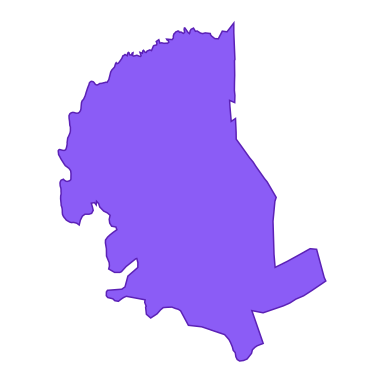 the district of Fresnillo de Trujano, Oaxaca, Mexico
{"feature_id": "50627088B98936823972638", "entity_name": "Fresnillo de Trujano", "entity_type": "district", "adm_level": 2, "iso_a3": "MEX", "parent_name": "Mexico", "parent_adm1": "Oaxaca", "projection": "natural_earth1", "projection_center": [-98.145, 17.929], "detail": "fine", "context": "isolated", "style": "filled", "palette": "violet", "viewbox_px": 384, "rotation_deg": 0, "n_neighbors": 0, "source": "geoboundaries", "source_scale": "gbopen_adm2", "svg_char_len": 4192}
<svg xmlns="http://www.w3.org/2000/svg" viewBox="0 0 384 384"><path d="M179.8,32.4L179.3,32.1L178.7,31.1L177.8,31.0L177.0,31.5L176.0,31.8L175.5,32.2L175.3,32.5L174.8,33.1L174.4,33.6L174.0,33.8L173.6,35.0L173.4,35.5L173.3,36.5L173.3,38.1L172.6,39.0L172.1,39.6L166.6,39.1L167.1,40.0L168.3,40.5L168.7,42.4L167.2,43.4L166.2,43.1L165.0,43.3L163.8,43.3L161.7,42.8L159.9,43.1L158.8,39.7L156.2,41.5L156.9,43.2L156.6,44.9L154.0,45.5L153.4,46.0L151.5,50.6L149.8,49.9L147.0,51.1L146.2,52.5L145.2,52.4L143.5,50.3L142.8,50.9L142.4,53.2L140.0,52.4L141.1,55.8L140.4,56.5L139.0,56.1L136.9,55.2L133.7,56.1L132.6,55.6L133.0,52.7L132.3,53.0L131.3,55.0L129.6,54.8L129.0,52.7L128.4,52.4L127.7,53.2L127.2,55.7L125.0,54.5L123.9,55.4L122.9,55.8L121.8,58.5L118.5,63.1L116.9,63.7L116.2,62.7L115.6,63.5L115.0,65.5L114.5,67.1L111.9,69.9L110.7,72.0L110.1,74.5L108.8,79.6L107.1,82.4L105.8,82.2L104.6,82.6L103.6,82.8L102.6,83.1L101.3,83.4L100.6,83.4L99.7,83.5L98.1,84.6L97.0,85.0L95.9,84.7L94.9,83.8L94.2,82.7L93.3,81.8L92.4,81.5L91.3,81.3L90.9,81.5L90.2,82.0L89.5,82.8L89.3,83.1L89.1,84.3L88.3,86.2L87.6,88.0L86.1,92.6L85.2,95.8L83.6,99.2L82.1,100.9L81.5,102.6L81.3,104.6L81.2,105.7L81.1,106.9L81.0,108.5L80.7,110.0L80.2,111.1L79.6,111.9L79.1,112.5L78.1,113.1L76.6,113.2L75.5,113.0L74.4,112.6L73.2,112.4L72.4,112.4L71.4,112.8L70.5,113.2L69.8,113.9L69.3,115.0L69.0,115.7L69.1,118.5L69.5,121.1L69.8,125.2L70.4,127.1L70.4,130.9L70.1,132.6L69.6,133.9L69.0,135.4L68.4,136.7L67.7,138.0L67.1,142.6L67.2,143.8L66.9,145.6L66.6,147.0L66.2,148.5L65.6,149.7L64.5,150.4L63.2,150.4L61.8,150.1L60.5,149.7L59.5,149.5L59.0,149.7L58.5,150.3L58.2,150.8L58.4,152.7L58.5,153.4L58.6,154.6L59.3,155.8L60.0,157.1L60.7,158.5L61.5,159.9L62.2,160.9L63.0,162.2L64.4,164.4L65.4,165.8L66.1,166.2L67.4,167.2L68.9,168.3L69.9,169.6L70.7,170.9L71.0,173.7L70.9,179.1L70.6,179.9L69.8,180.6L68.5,181.1L67.2,181.4L65.9,181.2L65.1,180.7L64.3,180.2L63.4,179.2L62.2,179.7L61.1,180.2L60.5,181.2L60.1,182.3L60.0,183.3L60.1,184.3L60.1,184.5L60.1,184.9L60.2,185.7L60.4,186.7L60.8,187.9L61.0,189.3L61.0,190.5L61.0,191.7L61.1,192.9L61.1,194.1L60.7,195.8L60.6,198.8L61.1,203.9L61.1,205.2L61.9,207.5L62.2,209.1L62.3,210.9L62.3,212.4L62.5,214.4L63.3,216.2L64.3,217.7L65.0,218.4L66.1,219.9L67.3,220.7L68.7,221.5L70.0,222.2L71.5,222.6L73.4,222.4L75.3,222.8L76.9,223.3L79.2,225.0L80.4,220.1L82.4,216.1L85.0,214.2L89.0,214.2L91.6,213.4L93.2,210.4L92.4,206.9L91.3,203.2L94.4,202.6L96.2,204.9L96.5,201.3L98.6,203.5L99.8,207.1L103.7,211.1L107.4,212.9L110.1,215.3L109.2,219.3L109.7,223.1L111.6,226.2L115.9,227.0L116.9,229.7L113.4,232.2L110.3,234.6L107.6,237.1L105.5,240.0L105.4,242.9L106.4,248.8L106.5,256.1L109.2,262.7L109.4,266.1L108.7,269.0L114.6,272.4L119.8,272.4L121.4,271.7L126.1,266.5L135.7,258.8L136.8,258.5L137.9,262.7L137.8,267.5L127.9,276.1L125.0,286.9L121.8,289.2L107.5,290.3L106.4,291.9L106.3,295.7L107.7,297.5L112.8,298.8L114.8,300.7L118.4,301.3L121.5,298.9L123.8,297.4L126.3,296.3L145.1,299.8L144.7,302.4L146.2,306.3L145.6,307.1L146.4,314.3L150.7,318.0L157.1,313.8L160.6,309.8L163.3,307.6L167.0,307.3L171.9,307.1L175.5,308.5L178.3,309.3L180.6,310.8L188.4,325.3L201.7,326.8L205.3,328.0L210.0,329.6L211.3,330.1L224.6,334.6L229.0,339.6L230.6,342.7L232.4,347.0L233.2,350.3L235.2,352.6L235.9,356.8L237.2,359.5L239.6,361.0L243.5,360.5L247.1,359.0L251.5,353.4L252.4,349.8L254.9,347.3L257.3,345.7L263.2,343.4L252.4,312.2L251.8,310.6L263.1,312.8L283.5,305.8L290.0,302.9L295.9,299.1L303.6,295.8L312.0,290.4L325.8,281.0L324.2,277.5L316.6,249.3L310.1,248.7L298.3,255.3L287.2,261.4L275.1,267.4L274.0,254.3L274.0,254.1L273.0,221.2L274.9,201.3L276.2,197.4L267.1,181.8L264.7,178.9L255.7,166.1L253.1,162.0L249.6,157.8L241.4,146.3L236.2,139.2L236.1,132.1L235.5,118.5L231.2,121.4L231.1,120.1L229.9,106.1L229.6,100.4L234.7,102.6L234.9,95.4L234.4,90.4L234.5,81.9L234.7,75.4L234.5,60.6L234.9,59.5L233.8,32.6L233.8,23.0L227.0,31.8L222.3,31.1L218.3,38.8L214.8,38.6L211.5,36.0L210.6,34.8L210.3,33.5L205.2,32.9L202.7,33.6L200.5,33.1L197.2,31.0L195.4,31.3L193.5,28.1L191.1,29.3L190.1,30.9L189.8,32.8L189.4,33.6L188.1,32.5L185.1,28.3L184.8,27.9L184.4,28.0L184.1,29.5L184.6,32.2L183.5,33.4L182.7,33.1L181.6,32.3L180.8,32.0L179.8,32.4Z" fill="#8b5cf6" stroke="#5b21b6" stroke-width="1.5"/></svg>